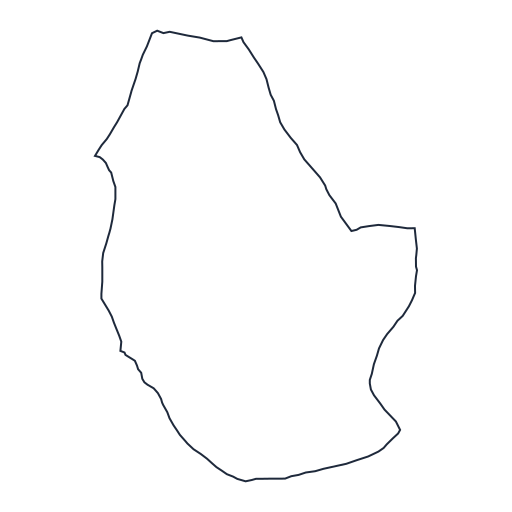 the district of Okitipupa, Ondo, Nigeria
{"feature_id": "59680162B5540117047510", "entity_name": "Okitipupa", "entity_type": "district", "adm_level": 2, "iso_a3": "NGA", "parent_name": "Nigeria", "parent_adm1": "Ondo", "projection": "natural_earth1", "projection_center": [4.71, 6.565], "detail": "fine", "context": "isolated", "style": "outline", "palette": "slate", "viewbox_px": 512, "rotation_deg": 0, "n_neighbors": 0, "source": "geoboundaries", "source_scale": "gbopen_adm2", "svg_char_len": 2352}
<svg xmlns="http://www.w3.org/2000/svg" viewBox="0 0 512 512"><path d="M400.1,429.9L395.9,421.5L384.5,409.6L380.3,403.6L374.0,395.3L370.9,389.5L369.8,383.5L369.8,379.9L371.8,373.9L373.9,364.2L376.9,355.7L379.0,348.4L383.1,340.0L387.2,334.0L393.4,326.8L395.6,323.5L397.5,320.7L402.7,315.9L408.9,306.3L412.0,300.2L414.3,294.8L415.1,293.0L415.0,285.8L416.0,276.2L417.0,270.2L416.0,266.6L415.9,258.2L416.3,255.0L416.9,248.6L415.8,239.0L414.7,228.2L407.5,228.3L399.2,227.1L389.8,226.0L378.4,224.9L369.0,226.1L360.7,227.4L356.6,229.8L351.4,231.0L340.9,216.7L335.7,203.5L329.4,195.2L328.0,192.5L326.3,189.2L325.2,185.6L320.0,177.3L319.1,176.3L313.7,170.1L304.3,159.4L300.1,152.2L297.0,145.0L290.7,137.8L284.4,129.5L280.2,122.3L278.1,115.1L276.0,109.1L273.9,100.8L270.7,94.8L268.6,87.6L266.5,79.2L263.4,72.0L258.1,63.7L254.0,57.7L248.7,49.3L243.5,42.2L241.4,37.4L230.2,40.2L226.9,41.1L213.4,41.2L199.8,37.6L188.3,35.7L186.3,35.3L169.7,31.8L163.5,33.1L163.4,33.1L157.2,30.7L152.0,33.2L146.9,46.4L142.8,54.8L141.2,59.3L139.7,63.2L137.7,71.6L135.6,78.9L131.5,90.9L131.2,92.1L127.5,105.3L124.4,108.9L117.1,122.2L114.1,127.0L109.9,134.2L106.8,139.0L101.7,145.1L98.6,149.9L95.0,155.9L99.7,157.1L102.8,159.5L105.9,163.0L107.5,166.7L109.1,170.2L111.2,172.6L113.3,181.0L115.4,187.0L115.4,191.4L115.4,191.8L115.4,199.0L115.2,200.4L114.4,205.0L113.4,212.2L112.4,219.4L111.4,224.2L110.4,229.0L110.2,229.6L109.4,232.6L108.3,236.2L106.3,243.4L103.2,253.0L102.2,261.4L102.3,267.4L102.3,274.6L102.3,281.8L101.4,293.8L101.4,295.4L101.4,298.6L108.7,310.6L111.8,316.6L113.9,322.6L116.3,328.6L119.2,335.7L121.3,341.7L120.4,350.9L124.5,352.5L125.5,354.9L129.5,357.4L132.6,359.3L134.9,360.8L137.0,365.6L138.1,369.2L141.2,372.8L142.3,378.8L144.4,382.3L147.5,384.7L153.7,388.3L157.9,393.1L161.1,399.0L162.1,402.6L163.2,405.0L167.3,412.2L169.5,418.2L173.6,425.4L176.8,430.1L179.9,434.9L180.1,435.1L182.2,437.5L183.1,438.5L187.0,443.0L187.2,443.3L193.5,449.2L200.8,454.0L207.0,458.7L212.3,463.5L216.4,467.1L221.7,470.6L226.9,474.2L233.1,476.6L237.3,478.9L245.6,481.3L251.8,480.0L256.0,478.8L261.2,478.8L268.4,478.7L271.3,478.7L276.3,478.7L277.8,478.7L285.1,478.6L291.3,476.2L298.6,474.9L305.8,472.5L315.2,471.2L323.5,468.8L346.3,463.8L356.7,460.2L368.1,456.5L378.4,451.6L383.6,448.0L386.7,444.4L392.9,438.3L398.1,433.5L400.1,429.9Z" fill="none" stroke="#1e293b" stroke-width="2"/></svg>